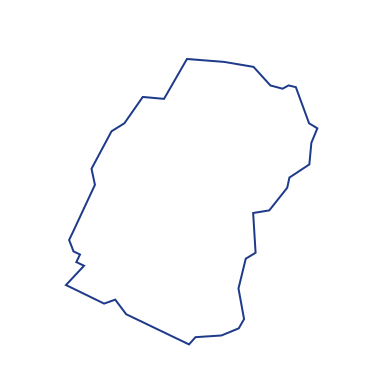 White, Georgia, United States of America (orthographic projection), rotated 25°
{"feature_id": "52423323B49409281283083", "entity_name": "White", "entity_type": "district", "adm_level": 2, "iso_a3": "USA", "parent_name": "United States of America", "parent_adm1": "Georgia", "projection": "orthographic", "projection_center": [-83.744, 34.653], "detail": "fine", "context": "isolated", "style": "outline", "palette": "blue", "viewbox_px": 384, "rotation_deg": 25, "n_neighbors": 0, "source": "geoboundaries", "source_scale": "gbopen_adm2", "svg_char_len": 645}
<svg xmlns="http://www.w3.org/2000/svg" viewBox="0 0 384 384"><g transform="rotate(25 192 192)"><path d="M107.2,126.7L101.7,158.2L93.4,171.0L91.1,213.4L101.0,226.5L101.0,277.9L100.9,287.4L109.2,295.4L109.6,295.9L116.9,296.0L116.8,304.4L125.3,304.5L117.1,329.6L159.5,330.3L167.9,322.0L184.0,330.6L253.7,331.4L256.5,322.1L279.3,309.6L292.0,295.8L292.9,285.2L274.9,259.8L268.9,229.7L275.3,220.2L256.3,185.2L269.8,176.0L276.5,147.9L274.2,137.7L286.7,117.4L279.4,97.0L278.7,81.3L269.1,80.3L241.8,53.1L234.5,54.6L230.4,60.1L218.0,62.3L194.9,52.6L165.9,60.6L131.2,73.6L127.3,119.4L107.2,126.7Z" fill="none" stroke="#1e3a8a" stroke-width="2"/></g></svg>